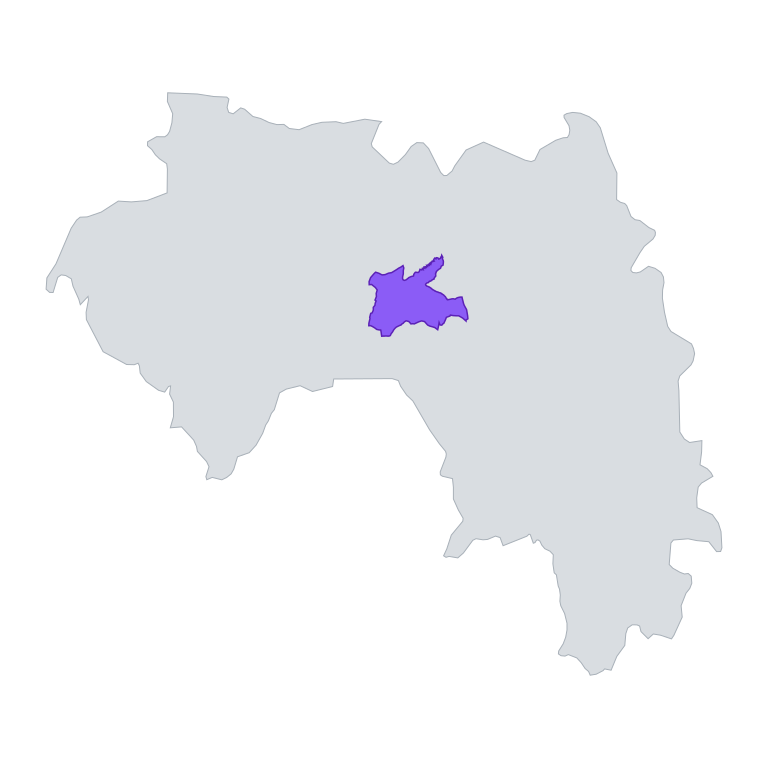 Dabola, Dabola, Guinea (highlighted)
{"feature_id": "49546643B93693461345641", "entity_name": "Dabola", "entity_type": "district", "adm_level": 2, "iso_a3": "GIN", "parent_name": "Guinea", "parent_adm1": "Dabola", "projection": "natural_earth1", "projection_center": [-10.933, 10.773], "detail": "fine", "context": "in_parent", "style": "filled", "palette": "violet", "viewbox_px": 768, "rotation_deg": 0, "n_neighbors": 0, "source": "geoboundaries", "source_scale": "gbopen_adm2", "svg_char_len": 7573}
<svg xmlns="http://www.w3.org/2000/svg" viewBox="0 0 768 768"><path d="M483.0,539.8L476.0,538.7L472.8,540.3L463.4,553.0L457.8,557.9L449.1,556.4L446.0,557.3L443.6,555.8L446.8,548.9L451.3,535.1L462.8,521.2L463.1,518.2L458.4,510.1L453.4,499.0L453.4,487.2L452.5,478.6L442.3,476.2L440.4,474.8L440.2,471.9L445.9,457.1L446.3,454.0L445.6,451.4L439.4,443.8L429.6,429.8L412.9,401.0L406.6,395.0L400.6,386.2L398.4,380.6L392.1,378.6L333.7,379.0L332.6,386.5L312.5,391.5L300.1,385.7L286.3,389.1L279.5,392.9L274.3,409.7L271.4,413.3L268.4,420.8L265.7,425.0L262.7,433.3L256.1,445.1L249.2,452.7L237.5,456.8L233.8,469.2L231.1,473.9L226.6,477.5L221.8,479.8L212.2,477.4L206.8,479.7L205.9,476.6L209.0,466.7L206.6,461.6L197.4,451.4L196.5,446.4L193.7,440.1L181.6,426.9L170.3,427.8L173.5,416.7L173.4,402.1L169.6,394.1L170.6,385.9L168.5,386.5L164.7,392.1L158.6,390.3L146.3,381.6L140.2,373.1L139.4,365.9L138.1,363.2L134.3,364.7L126.6,364.5L103.1,351.7L86.4,319.6L86.1,312.3L88.5,299.8L88.0,296.4L80.3,304.7L78.8,299.2L73.0,286.2L71.3,278.8L65.7,275.5L61.2,274.9L57.7,277.4L53.1,292.5L49.6,292.4L46.1,289.2L46.9,277.9L56.0,263.8L71.2,228.2L76.6,220.1L80.1,217.2L87.2,216.9L101.2,212.1L118.3,201.1L131.4,201.9L146.9,200.6L167.1,192.9L167.4,169.0L166.7,163.7L159.6,158.9L155.4,154.8L151.8,149.5L147.5,145.7L147.6,141.8L156.6,136.7L164.8,136.8L167.5,134.8L169.6,131.4L171.9,122.8L172.7,113.7L167.4,101.5L167.7,92.8L197.3,94.0L213.5,96.5L226.8,97.1L228.9,99.1L227.1,107.5L228.7,112.4L233.2,113.8L240.7,107.9L244.6,109.2L252.9,116.5L260.6,118.5L269.0,122.5L276.9,124.6L283.9,124.4L289.3,128.5L299.1,129.7L311.9,124.6L321.9,122.3L336.0,121.7L343.3,123.4L364.8,119.2L381.6,121.6L379.0,124.4L371.3,143.6L372.2,146.9L389.3,163.1L393.4,164.3L398.0,162.1L405.4,154.6L411.2,146.5L416.8,142.6L423.3,142.9L428.6,148.5L440.7,172.5L443.8,175.6L446.8,175.5L452.1,171.0L454.8,165.8L466.1,150.0L483.6,142.1L525.1,160.2L531.2,161.6L534.8,160.2L540.0,149.5L555.7,140.3L563.1,137.8L567.4,137.5L569.1,134.6L569.8,130.2L569.0,125.7L564.1,117.5L564.0,115.2L566.7,113.6L572.7,112.4L580.4,113.2L589.1,116.7L596.2,121.8L600.3,127.8L608.1,153.2L616.9,173.0L616.6,199.6L620.5,202.3L624.7,203.5L626.7,205.6L631.0,216.5L635.0,219.7L639.8,220.5L648.8,227.5L654.6,230.3L655.4,232.4L655.2,235.3L653.0,239.0L644.3,246.3L640.0,252.6L631.2,267.7L630.9,270.5L632.8,272.5L636.5,272.9L640.4,271.9L648.5,266.3L655.0,268.3L661.1,272.5L663.4,276.9L664.0,282.6L662.6,290.0L662.4,298.2L664.5,312.3L667.7,326.4L671.0,331.5L691.5,343.9L693.5,348.5L694.6,353.7L693.1,360.9L691.0,364.9L679.8,375.9L678.1,381.1L678.9,390.8L679.8,432.0L684.3,439.0L689.6,442.5L701.9,440.6L701.6,452.0L700.0,464.8L707.2,468.7L710.9,472.6L712.9,476.3L701.5,483.1L698.2,487.1L696.7,497.8L697.1,507.7L712.4,514.7L718.3,523.0L721.0,531.6L721.9,547.8L720.6,551.5L716.6,551.6L708.8,541.7L696.9,540.6L688.1,538.8L673.4,540.0L670.9,543.0L669.2,564.5L672.8,568.2L679.8,572.2L684.4,574.0L688.2,573.5L691.2,576.1L691.8,583.2L689.8,588.4L686.0,593.2L681.1,605.7L682.2,617.1L673.9,635.3L671.5,638.9L660.5,635.2L653.3,634.0L648.1,638.7L641.0,631.6L639.6,626.0L637.0,624.9L632.2,624.8L627.7,628.0L625.8,633.7L624.8,645.4L616.8,656.4L611.1,670.2L604.6,668.9L603.1,670.6L596.2,674.2L590.2,675.2L588.6,671.5L585.1,668.5L581.2,662.7L576.8,657.9L568.3,654.6L565.0,656.1L561.0,655.7L558.4,653.9L558.7,651.0L563.2,643.8L565.7,637.2L567.0,630.0L567.0,623.2L564.6,613.5L560.8,605.8L559.9,601.3L560.3,595.0L559.5,589.1L558.2,586.0L556.4,574.8L554.2,572.8L552.9,563.8L553.3,554.7L550.0,551.2L544.8,548.7L541.8,545.1L539.9,541.1L538.0,539.9L536.5,540.2L535.0,542.6L533.3,543.2L530.3,534.6L529.0,534.2L526.9,536.2L503.1,545.7L500.1,537.6L495.5,536.1L487.6,539.4L483.0,539.8Z" fill="#d9dde1" stroke="#a8b0b8" stroke-width="1"/><path d="M466.0,321.0L466.0,320.0L467.9,318.8L467.8,317.7L467.6,315.6L467.1,312.7L466.6,309.7L465.4,307.5L464.2,305.3L463.5,303.4L463.0,301.3L462.2,298.1L462.0,297.1L460.1,297.1L458.1,297.5L456.8,298.0L455.5,298.9L455.1,299.2L453.7,298.8L452.2,298.8L450.0,299.3L447.6,299.8L447.2,299.6L447.1,299.2L446.7,298.9L446.7,298.6L446.3,298.3L446.0,297.9L445.9,297.6L445.7,297.2L445.4,296.8L445.2,296.5L444.9,296.3L444.6,296.0L444.4,295.8L444.1,295.5L443.9,295.2L443.5,294.9L443.2,294.7L442.7,294.4L442.3,294.1L442.0,294.0L441.7,293.6L441.4,293.6L441.2,293.3L441.0,293.2L440.6,293.0L440.4,292.9L439.9,292.8L439.7,292.7L439.3,292.6L438.9,292.6L438.6,292.4L438.4,292.2L438.0,292.2L437.7,292.0L437.4,291.9L436.5,291.7L436.4,291.6L436.2,291.5L435.6,291.3L435.4,291.0L434.9,291.0L434.7,290.8L434.4,290.6L434.1,290.4L433.7,290.1L433.2,289.9L432.8,289.6L432.5,289.6L432.3,289.3L432.0,289.0L431.5,288.7L431.4,288.4L431.1,288.3L430.8,288.1L430.5,287.8L430.2,287.7L429.9,287.4L429.6,287.2L429.4,287.2L429.1,286.9L428.6,286.8L428.3,286.6L427.9,286.4L427.5,286.3L427.0,286.1L426.6,286.0L426.4,285.7L426.0,285.5L425.8,285.1L425.6,284.8L425.6,284.3L425.8,284.0L426.1,283.7L426.4,283.4L426.8,283.1L427.1,282.8L427.3,282.8L427.7,282.7L428.0,282.7L428.4,282.6L428.6,282.5L428.7,282.2L428.9,281.8L429.3,281.4L429.6,281.2L429.9,281.2L430.1,281.2L430.4,281.2L430.8,280.9L431.1,280.7L431.6,280.6L431.7,280.3L432.2,279.8L432.6,279.7L433.1,279.4L433.4,279.2L433.7,279.2L434.1,279.0L434.0,278.7L433.9,278.6L434.2,278.2L434.5,277.8L434.6,277.3L435.0,277.0L435.3,276.7L435.7,276.2L435.8,275.9L435.7,275.4L435.6,274.9L435.7,274.5L435.6,273.9L435.6,273.4L436.1,272.8L436.0,272.3L436.2,272.0L436.4,271.5L436.5,271.4L438.0,270.0L439.4,268.9L440.5,268.3L441.3,266.1L442.2,265.6L443.0,265.2L443.3,263.3L443.4,261.6L443.2,260.5L442.6,259.2L442.4,257.7L442.8,257.3L441.7,255.3L441.3,257.1L440.6,257.2L440.5,258.3L438.8,259.1L437.9,257.9L436.5,257.7L436.1,258.1L435.9,258.8L434.9,258.0L434.1,258.9L433.5,260.1L434.2,261.1L433.0,261.5L432.2,261.1L431.8,261.7L431.6,262.5L431.3,263.0L430.8,262.7L430.8,263.8L430.1,263.5L430.3,264.3L429.6,264.0L429.4,265.2L428.5,264.5L428.3,265.4L427.7,265.2L427.6,266.2L426.7,265.6L426.9,266.7L426.2,267.5L425.6,266.7L425.0,266.7L424.9,268.0L423.9,267.3L423.8,268.3L422.8,268.3L423.1,269.4L422.2,268.8L422.0,269.8L421.5,269.9L420.0,269.3L419.2,271.7L418.1,272.5L415.6,272.2L415.2,272.4L414.8,272.9L413.8,274.3L413.5,276.0L411.3,276.5L408.8,277.6L407.6,278.7L405.8,280.0L404.2,280.4L403.0,279.7L402.6,278.7L402.6,277.0L403.3,273.8L403.3,270.6L403.8,268.0L403.0,265.6L400.8,267.1L398.6,268.2L397.5,269.0L396.1,269.9L395.3,270.4L391.7,272.6L388.4,273.2L385.2,274.6L382.4,274.9L381.6,274.7L379.0,273.3L375.6,272.2L374.1,273.6L370.6,277.6L369.1,281.6L369.2,284.7L371.6,284.5L375.4,287.5L377.2,290.0L376.2,293.4L376.4,296.6L375.0,300.1L376.1,301.0L375.2,303.2L374.9,305.4L373.3,307.3L373.3,310.2L372.1,312.9L370.7,313.4L369.8,317.0L369.7,317.3L370.0,318.5L369.5,320.6L368.9,323.2L368.8,325.7L370.8,325.7L372.4,326.5L374.6,327.8L376.7,329.4L379.0,329.9L380.7,330.0L381.1,331.9L381.4,334.3L381.7,336.2L383.1,336.1L384.4,336.1L385.3,336.0L386.4,336.0L387.8,336.1L388.5,336.1L389.3,336.0L389.8,335.8L390.2,335.6L390.7,334.8L391.0,333.9L391.8,332.9L392.7,331.7L393.6,330.0L394.9,328.4L396.3,327.1L397.9,326.3L399.8,325.4L401.0,325.0L401.0,324.9L401.6,324.3L402.3,323.7L402.7,323.5L403.1,323.3L403.2,323.2L403.4,323.0L403.6,322.7L404.5,321.8L405.8,321.0L406.1,320.8L408.8,321.5L409.9,322.7L410.9,323.9L412.8,323.7L414.3,323.9L418.8,321.8L421.6,320.9L424.6,321.6L425.0,322.1L427.6,325.0L429.8,326.1L432.1,326.7L434.7,327.5L437.7,329.7L438.4,326.7L439.1,322.6L439.9,324.7L439.9,324.8L441.1,325.2L442.1,324.9L442.9,323.8L443.8,323.3L445.3,320.1L446.4,317.3L450.0,316.0L450.4,315.1L453.2,315.6L456.6,315.8L458.7,315.8L462.6,318.0L466.0,321.0Z" fill="#8b5cf6" stroke="#5b21b6" stroke-width="1.5"/></svg>